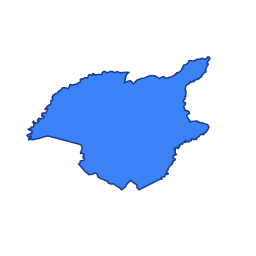 Sidrolândia, Mato Grosso do Sul, Brazil (Equal Earth projection), rotated 73°
{"feature_id": "56859067B34075926381215", "entity_name": "Sidrolândia", "entity_type": "district", "adm_level": 2, "iso_a3": "BRA", "parent_name": "Brazil", "parent_adm1": "Mato Grosso do Sul", "projection": "equal_earth", "projection_center": [-54.979, -21.085], "detail": "fine", "context": "isolated", "style": "filled", "palette": "blue", "viewbox_px": 256, "rotation_deg": 73, "n_neighbors": 0, "source": "geoboundaries", "source_scale": "gbopen_adm2", "svg_char_len": 5705}
<svg xmlns="http://www.w3.org/2000/svg" viewBox="0 0 256 256"><g transform="rotate(73 128 128)"><path d="M141.5,59.8L139.9,67.4L139.0,66.9L138.4,66.9L136.3,67.9L134.8,68.0L133.6,68.4L133.1,68.2L132.8,67.6L132.0,64.8L129.9,65.0L128.7,66.4L128.1,68.1L127.6,68.4L126.8,68.1L126.3,68.3L125.0,68.5L123.5,68.3L122.4,66.5L121.3,66.1L121.0,65.7L120.4,65.9L120.0,66.9L119.5,67.1L118.1,67.0L117.7,66.8L116.7,64.9L116.1,64.7L115.1,64.6L114.8,64.2L114.5,63.5L113.8,63.2L112.7,63.0L109.9,61.8L108.0,62.1L104.6,60.4L104.3,60.0L104.2,59.4L103.6,58.1L103.6,56.6L103.1,56.1L102.6,56.1L102.2,55.9L102.1,55.1L102.6,54.7L102.7,53.7L102.4,52.7L102.9,51.8L101.8,51.3L101.9,50.7L102.3,50.1L101.8,49.6L101.6,48.8L101.8,47.7L101.3,47.5L101.4,46.8L101.9,46.3L101.5,45.9L101.4,45.3L100.4,43.8L100.7,43.2L100.5,42.6L99.9,42.4L99.2,41.9L98.7,41.8L98.7,41.2L98.4,40.6L97.3,39.0L97.4,38.3L97.3,37.6L97.0,37.0L96.2,36.7L95.5,37.1L93.9,36.2L93.4,35.5L92.3,34.8L92.1,34.3L90.5,32.6L89.1,33.1L88.2,32.9L87.9,32.3L87.4,32.3L86.9,30.8L86.3,30.7L85.9,30.2L85.8,29.5L85.2,29.3L84.8,29.5L84.1,29.5L83.5,30.3L83.4,31.2L84.0,32.1L84.5,32.2L84.7,33.7L83.9,35.8L83.2,36.0L83.0,37.0L82.9,37.8L83.4,38.0L83.4,38.7L82.7,40.6L82.4,42.8L83.2,43.8L82.9,45.3L83.1,46.0L82.6,47.3L81.8,48.4L81.6,50.1L82.2,50.3L82.4,50.8L83.1,51.0L83.5,51.4L83.7,52.6L84.2,53.2L84.3,56.4L85.7,57.7L86.1,57.6L87.1,59.3L87.9,59.1L88.3,59.6L89.7,63.3L89.4,65.2L89.9,65.7L90.2,66.6L90.7,66.5L91.8,71.8L91.8,72.6L91.5,73.8L91.8,74.2L91.5,76.1L91.5,76.8L91.1,78.1L90.5,78.4L89.8,78.3L89.1,80.1L89.9,83.7L88.2,84.9L86.0,87.1L85.8,87.9L84.8,89.6L84.6,90.7L84.5,93.9L85.1,98.0L84.9,99.3L84.4,101.0L84.9,103.0L84.6,104.2L85.0,105.0L84.9,105.5L86.2,108.1L87.3,109.3L86.5,110.5L85.9,110.8L84.8,110.9L83.6,111.8L83.2,114.0L83.7,118.1L76.9,114.3L75.1,111.1L74.0,113.9L73.1,118.5L72.5,119.8L71.1,121.7L70.9,122.2L71.0,124.3L70.7,125.2L69.5,126.4L69.0,127.3L68.8,129.3L69.1,130.2L69.1,131.2L68.8,132.3L68.3,132.8L67.6,133.0L67.1,133.7L67.0,134.3L67.1,135.6L67.4,136.2L68.9,137.4L69.2,138.4L68.5,139.6L68.4,140.4L68.0,141.2L67.5,144.5L66.3,144.7L65.8,145.8L66.9,146.2L67.1,146.9L67.0,147.7L66.7,148.0L66.2,148.0L66.2,148.6L65.7,148.9L65.7,149.6L66.1,150.5L67.3,151.0L67.8,151.6L68.1,152.4L67.2,154.5L67.8,156.4L67.9,157.3L67.5,157.9L67.4,158.7L67.6,159.4L68.7,159.5L70.1,160.4L70.4,162.7L71.0,163.6L70.8,164.1L70.7,164.9L71.0,165.7L70.6,167.3L70.7,168.4L69.7,170.0L69.8,171.1L70.9,171.7L72.0,172.7L72.9,174.0L72.0,174.8L71.0,176.8L70.9,177.5L70.6,178.2L70.5,179.2L72.3,181.2L72.1,181.9L72.8,182.7L72.4,183.5L73.6,184.9L74.0,186.7L73.9,187.6L74.8,188.4L74.9,189.4L74.6,190.1L75.7,190.2L76.0,191.1L76.6,191.8L77.7,191.3L78.8,191.8L79.5,191.9L79.0,193.4L80.0,194.1L81.5,194.3L82.2,194.7L83.1,195.7L82.8,196.4L83.6,198.8L84.5,199.8L85.6,201.8L86.0,201.9L85.9,200.2L86.2,199.3L87.4,200.0L88.5,201.0L88.8,201.6L89.7,202.2L89.6,202.9L89.3,203.3L88.9,204.5L89.1,205.3L88.8,205.7L89.8,206.4L90.3,206.3L91.0,206.8L91.6,206.7L91.8,205.3L92.3,204.9L93.5,205.6L93.9,206.3L93.4,207.5L93.8,209.4L92.7,210.3L94.0,212.1L94.9,211.2L95.6,211.1L95.8,211.8L95.6,212.6L96.5,213.7L96.5,214.3L96.2,214.8L94.7,216.2L94.2,216.1L93.8,216.3L94.6,217.2L95.5,217.3L96.6,216.2L97.1,216.4L97.4,217.1L99.1,217.8L99.3,218.9L98.8,220.5L99.9,221.4L100.1,222.1L99.9,223.1L100.0,223.8L100.7,223.5L101.3,222.9L101.2,221.5L102.3,220.9L102.9,220.7L103.5,221.2L103.9,221.9L104.4,221.6L104.7,221.1L105.5,222.5L105.0,223.4L104.9,224.4L105.5,226.7L106.0,226.7L106.7,226.1L107.5,225.9L107.3,223.9L107.6,223.0L108.2,223.1L108.8,223.6L108.9,225.1L109.6,226.3L110.1,226.5L110.7,223.5L111.3,222.5L111.6,221.4L111.5,219.6L112.0,216.2L111.8,211.3L112.2,206.8L130.2,177.9L130.8,177.9L132.4,177.3L132.8,177.6L134.2,177.8L135.4,178.8L136.8,179.7L137.7,180.6L138.3,180.7L138.7,180.3L138.9,179.4L139.3,178.6L140.2,178.0L140.9,177.9L142.0,179.2L142.7,179.3L143.4,179.7L144.3,178.6L144.8,178.7L146.0,179.7L145.6,182.7L145.9,183.6L147.3,183.9L147.7,184.2L148.0,185.1L148.0,185.7L157.0,181.8L158.2,181.1L158.6,180.4L161.0,179.3L161.8,175.9L161.8,174.9L161.3,173.5L161.4,172.7L162.0,171.7L162.6,171.2L166.5,170.8L167.0,169.9L168.3,169.0L170.4,166.2L172.1,164.5L172.9,163.2L173.4,162.9L174.8,163.0L175.3,162.5L176.6,160.6L176.9,159.9L176.9,158.4L183.2,153.2L184.6,152.7L185.1,152.2L184.0,148.5L182.9,147.1L181.9,146.2L180.3,143.7L179.0,140.6L182.5,138.2L183.0,138.1L184.4,136.4L184.9,136.3L187.1,136.6L187.5,137.0L188.5,136.2L190.0,135.8L190.3,135.4L186.4,113.1L186.6,110.4L185.3,110.8L184.9,110.4L184.9,108.4L185.4,107.7L185.1,107.1L183.5,106.0L183.4,105.3L183.9,104.2L183.5,103.6L183.6,102.9L182.9,103.0L182.1,104.4L181.7,103.8L180.4,103.3L179.8,102.0L178.7,101.3L178.1,101.4L177.3,100.0L176.7,99.4L175.6,96.7L174.5,96.5L174.6,95.7L174.3,95.1L172.7,95.1L172.4,94.6L172.8,94.3L172.8,93.5L172.3,92.2L171.9,92.0L170.9,92.3L170.1,93.5L168.8,93.4L168.1,92.9L167.7,92.4L167.9,91.7L167.4,90.6L167.7,90.1L167.6,89.5L167.0,89.6L166.5,90.2L163.9,89.7L163.0,89.1L162.4,89.1L162.6,89.8L162.0,90.0L160.8,89.4L160.8,87.4L161.9,86.8L162.1,86.0L161.8,85.3L161.3,86.4L160.8,86.2L160.8,85.3L160.4,84.6L160.2,83.7L159.4,83.6L159.1,83.2L159.4,82.7L158.6,81.4L159.3,80.7L158.2,79.6L157.8,78.5L158.3,78.0L158.5,77.3L157.5,77.5L156.9,77.2L157.0,76.4L157.5,75.8L158.1,75.8L158.7,75.1L158.6,74.4L159.1,73.8L158.5,73.4L158.2,72.8L158.1,72.0L158.6,71.3L158.4,70.9L157.5,70.8L157.2,70.4L157.2,69.5L157.7,68.7L158.2,68.6L158.5,67.7L158.5,66.7L158.9,66.3L158.7,65.7L157.5,64.9L156.9,62.5L155.4,60.6L155.7,59.7L155.6,58.3L156.3,58.2L156.4,57.5L155.9,57.2L155.0,56.3L155.1,55.6L155.0,54.8L154.4,54.3L153.7,53.1L152.7,52.0L150.8,50.4L148.3,50.8L147.9,51.0L146.3,53.7L144.7,55.4L144.5,56.8L144.1,57.3L142.2,59.6L141.5,59.8Z" fill="#3b82f6" stroke="#1e3a8a" stroke-width="1.5"/></g></svg>